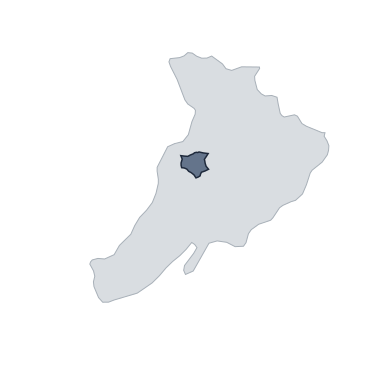 Dominican Republic, with San José de Ocoa highlighted, rotated 124°
{"feature_id": "DOM-1978", "entity_name": "San José de Ocoa", "entity_type": "Province", "adm_level": 1, "iso_a3": "DOM", "parent_name": "Dominican Republic", "parent_adm1": "", "projection": "orthographic", "projection_center": [-70.501, 18.601], "detail": "fine", "context": "in_parent", "style": "filled", "palette": "slate", "viewbox_px": 384, "rotation_deg": 124, "n_neighbors": 0, "source": "natural_earth", "source_scale": "10m", "svg_char_len": 1930}
<svg xmlns="http://www.w3.org/2000/svg" viewBox="0 0 384 384"><g transform="rotate(124 192 192)"><path d="M68.3,251.7L68.8,238.3L70.8,232.8L69.0,227.1L60.5,220.9L55.3,213.0L50.7,206.0L51.8,205.0L61.1,204.8L64.3,202.3L70.6,195.2L71.9,189.5L71.5,185.1L67.4,179.9L65.9,174.5L70.9,169.7L77.5,162.8L78.4,160.2L78.3,157.5L70.7,150.2L70.2,147.0L73.8,139.1L73.5,133.8L70.1,117.4L68.5,114.9L71.9,113.6L74.1,108.7L77.1,104.4L81.1,102.1L85.5,100.6L94.4,100.8L106.7,104.6L110.2,104.6L122.0,101.2L131.8,99.3L141.0,101.5L144.7,104.5L152.3,109.2L156.1,110.6L168.1,110.5L171.4,111.0L181.5,118.7L190.0,121.8L195.0,121.9L203.8,118.9L208.2,119.0L213.2,125.7L214.3,135.1L218.5,143.8L225.0,149.3L256.8,146.8L264.0,151.3L261.6,155.1L257.1,157.1L241.9,156.3L235.3,156.8L234.0,160.5L234.0,164.0L242.8,164.8L251.6,166.5L260.4,169.2L269.5,171.1L279.6,172.2L289.6,174.2L306.4,180.8L325.0,196.1L330.0,199.6L333.3,204.4L331.8,210.4L325.3,220.3L321.6,223.5L316.2,225.5L312.5,229.5L308.9,236.4L306.7,237.0L304.1,236.7L299.7,232.9L296.4,227.0L287.5,221.5L276.9,222.3L261.2,219.1L251.8,220.7L242.3,221.2L232.6,219.5L222.9,219.0L213.2,221.1L203.8,224.7L200.3,227.0L194.2,232.6L191.0,234.7L168.1,237.5L161.5,233.4L155.3,227.8L146.5,227.1L133.7,231.4L125.7,232.9L122.4,234.8L121.5,236.9L121.4,244.7L119.6,249.4L107.0,267.3L99.9,280.0L97.0,283.9L93.7,284.7L87.5,277.4L83.6,274.7L78.8,273.4L76.7,269.5L76.8,264.0L75.6,258.7L72.6,254.5L68.3,251.7Z" fill="#d9dde1" stroke="#a8b0b8" stroke-width="1"/><path d="M163.9,191.0L167.2,192.9L170.3,195.2L172.2,195.0L174.1,194.3L176.1,195.2L178.1,196.6L176.7,199.9L176.4,203.4L176.7,206.3L175.9,209.1L176.4,211.8L177.6,214.2L175.9,216.0L174.0,217.3L170.2,218.5L168.1,221.6L166.4,218.2L164.8,215.4L162.3,214.1L159.8,212.4L158.0,211.8L156.6,210.5L156.1,209.3L154.9,208.6L153.3,204.5L151.1,200.1L154.6,200.0L158.0,200.0L159.2,198.7L160.8,197.2L162.8,194.7L163.9,191.0Z" fill="#64748b" stroke="#1e293b" stroke-width="1.5"/></g></svg>